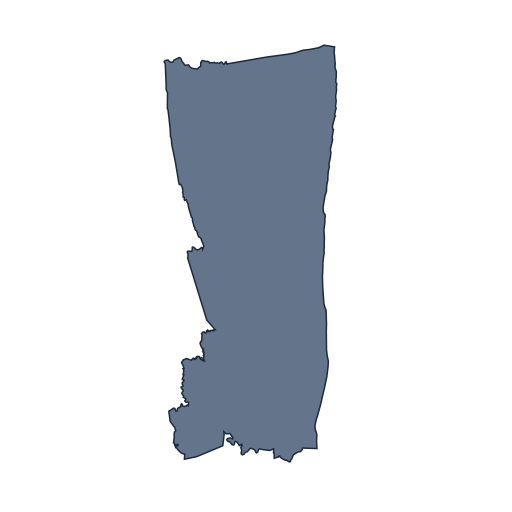 Umkhanyakude, KwaZulu-Natal, South Africa, rotated 350°
{"feature_id": "47623444B87808740966359", "entity_name": "Umkhanyakude", "entity_type": "district", "adm_level": 2, "iso_a3": "ZAF", "parent_name": "South Africa", "parent_adm1": "KwaZulu-Natal", "projection": "equal_earth", "projection_center": [32.054, -27.662], "detail": "fine", "context": "isolated", "style": "filled", "palette": "slate", "viewbox_px": 512, "rotation_deg": 350, "n_neighbors": 0, "source": "geoboundaries", "source_scale": "gbopen_adm2", "svg_char_len": 6088}
<svg xmlns="http://www.w3.org/2000/svg" viewBox="0 0 512 512"><g transform="rotate(350 256 256)"><path d="M268.5,453.2L282.6,456.2L283.5,448.8L284.8,442.9L284.9,441.1L284.2,437.0L284.4,434.7L284.8,432.7L287.0,427.4L289.0,423.7L293.3,414.6L300.0,399.0L304.6,387.7L307.6,378.0L309.0,372.1L308.8,367.0L309.1,361.0L312.2,342.3L313.6,335.4L315.3,323.8L315.6,321.0L315.1,319.9L314.6,314.6L316.4,297.6L317.9,287.6L319.7,279.8L320.7,274.4L322.3,268.9L323.6,265.1L324.1,261.6L325.0,258.5L325.0,257.2L326.5,250.2L327.4,242.2L329.5,235.5L330.4,231.0L331.0,229.3L331.2,226.9L330.5,226.2L330.1,224.2L330.2,222.0L330.6,219.5L334.3,208.9L336.8,204.2L336.8,203.5L338.0,198.5L340.1,193.2L340.1,192.3L341.5,186.5L342.4,183.9L343.7,181.2L343.8,180.5L343.6,179.3L344.0,177.7L346.3,172.0L347.4,168.3L347.8,166.8L347.6,165.6L348.0,163.3L351.5,155.1L351.7,154.1L351.5,153.0L351.7,151.9L354.3,144.8L353.8,144.3L353.7,143.9L353.7,142.6L354.1,140.8L357.9,132.5L358.5,132.0L357.9,131.4L358.1,130.3L359.7,126.1L360.7,124.4L360.3,123.5L360.3,122.5L362.0,116.9L361.9,116.1L362.2,112.5L363.9,107.3L364.2,106.1L364.4,103.8L365.5,100.5L365.4,100.1L364.9,99.5L364.9,98.2L365.3,96.3L366.2,93.2L366.6,90.7L367.1,88.8L367.0,87.1L366.6,85.5L366.5,84.4L367.6,79.0L367.5,78.2L368.2,71.8L368.2,69.5L369.7,63.7L359.9,60.3L359.9,60.5L359.8,60.3L359.3,60.3L353.7,61.8L344.5,61.9L338.2,61.5L329.7,62.7L321.9,62.8L300.4,61.9L260.5,61.8L260.5,59.8L260.3,59.6L259.4,59.7L259.0,60.8L257.6,61.7L256.5,59.9L255.7,59.0L254.9,59.0L253.4,59.9L251.1,59.0L249.7,59.1L248.3,58.0L247.4,58.3L245.2,57.7L244.0,58.0L243.7,57.7L243.4,56.7L242.5,56.0L240.4,55.6L237.2,54.1L236.4,54.6L235.1,56.0L235.0,57.0L234.7,57.8L234.6,59.2L234.5,59.5L233.2,60.0L231.1,61.5L230.4,61.6L227.1,60.6L225.4,59.8L223.4,58.0L223.1,56.5L222.8,56.1L219.7,55.9L219.1,55.6L216.9,51.3L216.3,48.4L215.4,47.4L214.1,47.3L212.6,47.9L210.2,48.5L209.1,49.0L208.1,50.3L207.0,50.6L205.4,50.3L204.2,49.1L203.8,48.2L203.4,47.8L202.1,47.6L200.3,47.9L199.2,48.6L200.0,51.0L197.3,71.3L196.4,76.5L197.2,79.8L194.3,95.3L194.7,96.5L194.3,104.4L193.4,117.2L192.5,123.4L192.9,124.7L192.9,126.8L192.4,131.2L192.9,149.3L192.7,170.8L192.8,172.0L193.1,172.4L194.3,172.4L195.2,175.1L195.4,178.8L195.3,179.4L194.7,180.5L195.0,182.8L194.4,185.1L195.5,186.0L195.1,188.2L195.5,188.9L197.1,188.5L198.0,192.8L198.1,197.5L199.0,205.1L199.0,206.4L199.9,207.2L199.6,210.9L200.0,214.5L200.0,216.1L200.7,217.5L200.4,218.2L200.9,220.0L201.5,220.5L202.5,222.8L202.1,223.2L202.9,227.2L204.0,228.0L205.3,229.8L204.9,230.3L205.9,234.7L206.3,237.3L204.7,240.0L204.6,238.9L203.9,238.1L201.5,239.5L199.7,239.8L198.2,239.2L196.5,236.8L195.4,236.2L194.9,236.2L194.7,236.5L194.2,238.9L193.5,240.4L191.4,239.7L189.5,239.4L189.3,239.5L189.0,240.5L189.3,242.3L189.1,244.1L188.6,245.7L188.3,245.9L196.4,310.6L202.9,321.3L202.5,321.2L202.1,321.7L201.6,321.7L201.8,322.2L201.4,322.2L201.3,321.5L200.9,321.7L200.7,321.5L199.9,321.8L199.2,321.5L198.6,321.8L198.3,321.6L197.7,322.2L197.5,321.9L197.2,322.4L196.6,322.0L196.2,322.1L195.9,321.7L196.0,321.1L195.6,320.8L195.5,320.5L194.4,321.1L194.4,321.8L193.9,322.3L194.0,322.7L193.6,323.1L193.2,323.1L192.8,322.9L192.9,322.7L191.5,321.7L191.1,321.9L190.9,321.7L190.1,321.8L189.3,322.9L188.8,323.2L189.2,324.7L188.5,326.4L188.5,328.3L188.0,328.9L187.5,329.8L187.7,330.4L186.2,331.2L186.2,331.8L185.8,332.2L185.7,332.7L186.0,333.9L186.2,335.6L186.9,337.0L186.8,337.5L187.3,338.4L188.2,338.7L187.7,339.4L187.8,340.0L187.4,339.9L187.4,340.7L187.0,341.0L187.7,341.7L187.5,341.9L187.5,342.4L187.9,342.5L187.5,343.0L187.4,343.8L187.6,344.2L187.3,344.4L187.4,344.6L187.0,344.8L187.3,345.2L187.2,346.4L186.3,346.9L186.3,347.7L186.0,347.9L186.5,347.9L186.6,349.6L186.9,349.6L187.1,350.4L186.1,350.2L183.7,348.2L183.7,347.8L184.3,346.8L183.1,347.1L182.8,345.2L181.9,344.9L181.1,345.2L180.6,344.6L179.8,345.0L179.8,346.1L179.1,346.0L179.0,346.4L178.5,346.4L178.6,347.1L178.3,347.4L177.6,347.2L177.4,346.6L177.0,346.6L176.9,345.8L176.5,345.7L175.3,346.3L174.3,347.5L169.9,344.9L169.2,344.9L168.9,345.3L166.3,345.6L166.0,346.2L164.3,347.7L164.4,349.0L165.0,350.4L165.6,354.4L165.4,354.6L164.6,354.4L165.0,355.5L164.7,357.1L164.5,358.2L163.6,359.6L163.6,360.0L164.1,360.1L164.4,360.6L163.7,361.3L163.2,362.6L162.0,364.3L162.0,365.0L163.4,365.4L163.3,366.3L162.9,367.0L161.3,367.9L161.2,369.4L161.6,370.5L161.4,371.7L160.7,372.0L159.8,371.8L159.5,372.1L159.5,373.0L159.9,374.0L161.1,375.7L160.6,376.5L159.4,377.6L159.1,378.4L159.3,379.2L160.5,381.5L159.8,382.4L162.1,384.4L161.8,385.3L160.8,386.0L160.8,386.8L161.7,387.9L163.5,387.8L164.1,388.3L163.7,390.6L163.2,391.8L162.4,390.9L162.1,391.0L162.0,391.3L159.2,391.8L157.6,390.9L157.7,389.3L156.9,388.6L156.0,390.1L155.6,391.3L152.4,392.5L151.9,393.2L151.5,394.5L151.0,395.1L150.0,394.7L149.6,392.1L148.6,391.5L143.2,393.7L142.7,404.0L146.3,411.1L146.2,412.0L146.7,413.6L146.3,414.6L145.1,415.2L144.5,417.2L143.9,420.7L142.3,425.6L143.1,426.1L143.1,428.6L144.9,427.9L146.2,428.1L146.5,428.5L146.4,429.0L145.9,429.3L144.4,429.1L143.7,430.3L143.6,430.8L144.7,431.5L145.3,433.1L147.6,436.4L150.0,438.3L151.4,438.7L150.2,443.7L162.8,443.3L190.4,437.1L193.6,426.4L193.8,423.5L195.5,425.7L196.1,426.1L199.6,426.3L200.0,427.0L200.3,428.3L201.5,430.4L201.7,431.5L201.2,432.1L199.2,430.8L197.8,430.6L196.3,430.9L195.6,431.3L195.3,431.8L195.4,432.5L196.0,433.4L196.6,434.0L198.0,434.6L199.6,437.6L200.9,438.2L201.7,438.0L202.8,435.4L203.4,434.9L204.6,435.7L205.5,436.8L206.6,439.8L207.3,439.9L208.8,438.9L209.3,439.0L209.4,440.2L207.8,442.0L208.2,445.1L207.1,447.3L207.3,448.9L208.0,449.4L209.9,449.1L211.3,447.4L213.5,447.2L217.3,444.3L219.8,445.7L221.3,447.3L221.8,449.5L222.2,450.0L223.4,449.7L224.5,447.8L225.1,447.1L226.1,446.5L229.0,447.8L235.7,449.9L239.8,448.9L239.1,453.0L239.6,453.1L238.8,458.4L240.1,458.1L240.9,458.2L241.7,457.8L242.9,458.0L243.8,457.1L244.6,457.0L244.8,457.2L244.7,457.6L245.0,458.4L246.9,460.4L249.4,462.2L250.7,462.4L252.4,464.2L253.7,464.7L254.4,464.2L254.6,462.9L256.0,462.1L256.4,461.3L258.3,458.3L263.5,456.2L265.5,456.4L266.2,456.1L267.6,455.0L268.5,453.2Z" fill="#64748b" stroke="#1e293b" stroke-width="1.5"/></g></svg>